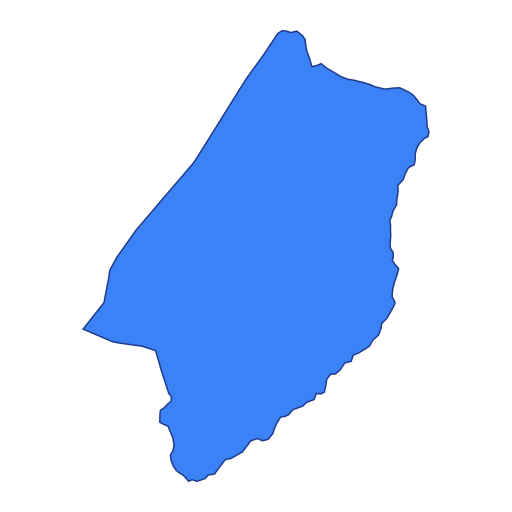 Canapi, Alagoas, Brazil
{"feature_id": "56859067B46648773088158", "entity_name": "Canapi", "entity_type": "district", "adm_level": 2, "iso_a3": "BRA", "parent_name": "Brazil", "parent_adm1": "Alagoas", "projection": "natural_earth1", "projection_center": [-37.509, -9.127], "detail": "fine", "context": "isolated", "style": "filled", "palette": "blue", "viewbox_px": 512, "rotation_deg": 0, "n_neighbors": 0, "source": "geoboundaries", "source_scale": "gbopen_adm2", "svg_char_len": 2041}
<svg xmlns="http://www.w3.org/2000/svg" viewBox="0 0 512 512"><path d="M277.9,33.3L263.8,54.5L253.0,69.5L246.4,78.6L232.9,100.1L212.1,133.5L197.3,157.2L193.2,163.3L161.2,200.6L153.2,210.1L136.3,229.8L119.5,253.6L116.9,257.2L113.0,264.3L109.7,270.6L108.6,278.5L104.0,302.6L83.1,329.1L101.0,336.8L106.7,339.2L112.2,341.6L117.4,342.7L124.8,343.8L142.1,346.2L155.7,350.7L157.0,355.6L159.6,364.3L160.7,368.6L168.8,393.5L171.3,396.4L171.1,401.3L168.1,403.7L164.3,407.7L160.4,410.3L159.9,415.2L159.8,422.2L163.2,424.1L168.1,426.3L170.1,431.2L172.8,437.7L174.1,445.6L172.6,451.3L170.4,455.0L171.1,460.5L173.4,466.2L176.2,470.4L179.5,473.0L182.6,474.7L185.6,477.6L188.6,481.3L192.2,479.7L196.9,481.3L205.0,478.6L208.2,475.0L214.5,474.0L219.9,466.6L225.1,459.8L231.2,458.3L242.5,451.8L248.5,443.9L250.6,440.8L257.5,438.6L262.5,440.8L268.1,439.3L272.8,433.6L274.3,429.0L276.9,423.0L280.7,416.9L284.8,416.5L288.2,415.0L293.1,409.5L298.4,407.7L302.9,406.0L306.5,402.4L314.2,399.5L316.3,393.5L321.0,393.9L324.4,392.1L325.8,385.6L326.8,379.1L330.6,374.2L335.5,373.9L340.2,369.9L344.8,362.9L351.2,361.3L353.2,355.2L358.9,352.8L369.2,346.4L373.0,340.1L378.5,335.0L381.1,328.2L381.6,323.7L387.1,318.0L393.1,307.4L395.1,302.6L392.0,296.3L392.8,288.8L394.8,281.2L397.3,274.0L398.6,268.5L395.4,265.0L392.3,260.6L393.3,256.6L393.0,252.3L390.4,248.1L390.1,243.5L390.7,236.1L390.5,229.0L390.5,224.7L389.7,220.5L391.5,216.8L392.8,211.5L396.5,204.8L396.9,199.2L398.2,190.8L397.6,185.7L403.4,179.2L405.2,173.6L408.6,167.5L414.1,164.8L415.2,160.1L415.2,153.5L417.1,147.4L419.9,142.8L424.1,138.6L428.0,136.6L428.9,131.8L427.1,126.8L426.8,120.2L426.1,112.4L425.5,106.1L419.7,103.6L417.1,99.8L413.3,95.2L409.0,92.2L405.0,90.3L399.8,87.8L392.9,88.1L388.8,88.7L385.0,89.1L379.8,87.9L375.0,86.8L370.2,84.6L363.9,82.6L359.6,81.7L355.4,80.5L348.1,79.3L341.0,76.6L326.4,67.9L321.2,63.7L316.8,65.5L311.8,66.6L309.9,59.4L306.8,51.0L305.6,44.9L305.2,39.8L302.6,35.7L296.7,31.1L290.9,32.6L286.4,31.1L282.2,30.7L277.9,33.3Z" fill="#3b82f6" stroke="#1e3a8a" stroke-width="1.5"/></svg>